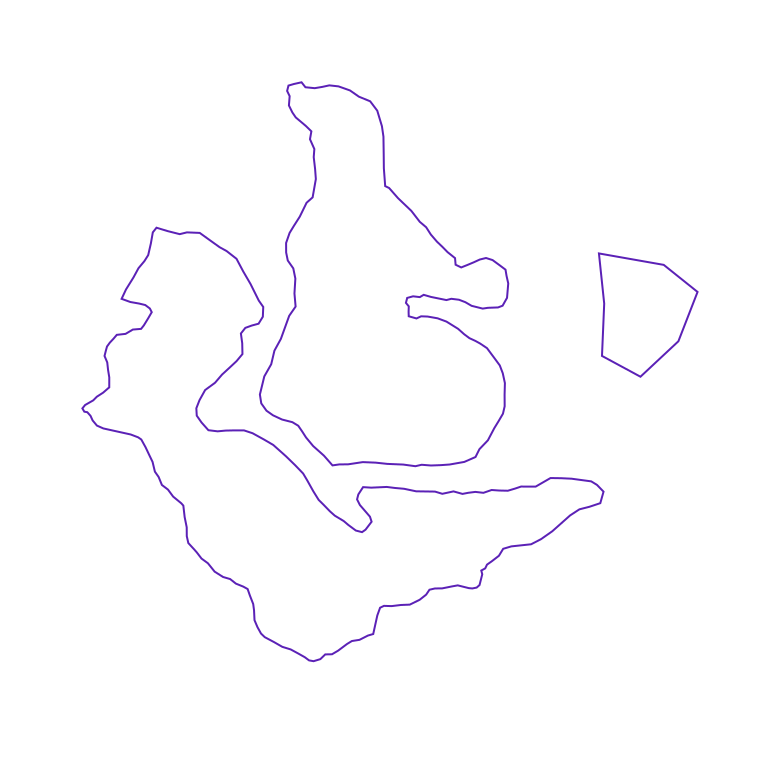 Värmdö, Stockholm, Sweden, rotated 10°
{"feature_id": "70781695B62142289931887", "entity_name": "Värmdö", "entity_type": "district", "adm_level": 2, "iso_a3": "SWE", "parent_name": "Sweden", "parent_adm1": "Stockholm", "projection": "mercator", "projection_center": [18.505, 59.313], "detail": "fine", "context": "isolated", "style": "outline", "palette": "violet", "viewbox_px": 768, "rotation_deg": 10, "n_neighbors": 0, "source": "geoboundaries", "source_scale": "gbopen_adm2", "svg_char_len": 4337}
<svg xmlns="http://www.w3.org/2000/svg" viewBox="0 0 768 768"><g transform="rotate(10 384 384)"><path d="M110.8,345.7L120.0,347.3L128.9,347.3L135.2,347.7L140.3,350.3L142.8,353.6L140.3,360.4L137.3,368.0L135.2,371.9L127.2,374.0L120.8,379.5L112.3,382.0L109.8,386.3L106.8,390.9L104.7,395.2L104.3,399.4L103.9,404.9L107.7,410.8L109.8,418.0L112.3,425.2L114.0,435.0L108.9,441.3L103.4,446.4L100.5,450.6L93.3,456.6L91.2,460.4L93.7,463.3L96.7,463.3L100.5,466.3L103.4,470.5L108.5,474.8L115.3,476.5L143.3,477.7L151.1,479.2L154.6,480.8L160.1,487.6L165.5,495.2L169.6,500.9L173.6,510.1L178.2,514.7L182.8,522.0L189.6,525.5L195.9,531.5L205.1,536.7L207.5,538.6L210.8,549.7L214.6,559.4L216.2,568.1L218.9,574.6L225.7,579.8L228.7,582.2L234.6,587.6L241.7,591.1L249.8,598.2L259.0,602.0L266.3,602.8L272.8,606.3L280.7,608.0L285.3,609.6L288.6,615.5L293.4,623.4L295.3,629.4L297.5,639.1L301.6,645.4L306.2,651.1L310.5,654.0L320.6,657.3L329.5,660.5L338.2,661.6L346.3,664.3L353.4,666.8L358.2,669.2L362.8,669.2L369.1,666.0L373.1,660.5L379.7,659.2L385.1,654.6L392.7,646.5L397.0,642.7L404.3,640.2L411.9,634.5L416.8,632.1L417.6,613.1L419.0,605.0L422.5,602.5L430.1,601.4L439.0,598.7L447.7,596.8L456.6,590.3L462.1,584.1L464.5,578.7L469.7,576.5L476.7,575.2L481.6,573.3L485.9,571.6L491.6,569.5L503.0,570.3L506.5,570.0L510.6,568.4L513.0,565.4L513.8,554.3L512.2,550.8L515.7,548.0L516.8,544.0L520.9,539.9L527.0,533.2L530.0,525.6L537.6,521.8L556.7,516.3L565.6,509.5L575.3,499.8L590.1,481.1L598.2,473.5L607.5,469.3L617.7,463.8L618.9,451.9L611.3,446.4L605.0,443.9L585.1,444.7L574.9,446.0L564.3,447.7L551.2,458.7L536.8,461.2L531.3,464.2L524.5,467.6L516.0,468.9L508.4,469.7L500.8,473.9L492.7,474.4L485.9,476.5L480.4,478.6L471.1,477.7L460.5,482.0L452.9,481.1L434.3,484.1L422.0,483.7L412.7,484.5L404.6,484.9L389.4,488.3L381.3,489.2L377.9,497.2L377.5,502.3L381.3,507.4L385.5,510.8L393.2,517.1L395.7,521.8L391.1,530.7L388.1,533.7L381.7,533.2L373.3,529.0L368.2,526.0L358.4,522.2L352.9,518.8L345.3,513.3L339.8,509.5L333.0,501.9L325.0,492.1L319.9,486.2L310.6,479.4L300.0,472.2L285.6,463.3L275.4,459.5L263.1,455.3L254.2,454.0L244.5,455.7L236.0,457.4L228.4,459.5L219.1,460.0L211.0,453.6L205.1,447.7L203.4,440.5L205.1,432.0L208.9,421.0L217.4,412.1L222.9,402.8L229.7,393.9L234.8,387.1L239.4,379.1L237.3,368.5L234.3,359.1L237.7,352.8L243.6,349.4L250.0,346.4L253.0,338.8L251.7,329.1L246.2,323.6L235.2,308.7L225.9,297.7L217.0,286.3L205.9,280.4L198.3,277.8L185.2,271.5L176.3,267.2L163.6,268.9L156.8,271.9L144.5,271.0L132.8,269.6L130.0,274.8L130.0,286.1L129.4,298.0L126.7,304.6L122.1,312.6L118.8,322.5L113.5,335.7L110.8,345.7ZM309.4,105.4L299.5,100.8L287.5,98.8L278.3,99.4L271.7,102.1L264.4,104.7L255.1,105.4L250.4,101.2L243.2,104.2L238.1,106.7L237.7,112.2L241.1,116.9L242.0,126.2L246.6,132.5L250.8,136.8L255.1,139.3L262.3,143.5L268.6,147.8L268.6,155.8L274.6,164.7L275.4,172.8L278.8,184.2L281.3,194.0L281.3,212.6L276.3,218.9L272.0,233.8L267.8,243.9L264.8,251.6L263.1,262.1L264.8,271.5L267.8,279.1L274.6,285.9L278.4,295.6L280.1,310.4L283.5,323.1L278.8,333.3L274.6,357.5L270.3,370.2L269.5,384.1L264.8,397.3L263.6,415.9L266.5,424.4L272.9,430.7L280.1,434.1L289.8,436.7L300.4,437.5L306.8,440.0L311.8,445.1L316.5,450.2L325.0,457.4L337.3,465.0L347.4,473.1L353.8,471.0L362.7,469.3L376.7,464.6L389.4,462.9L401.2,462.1L416.9,460.0L429.2,459.5L435.1,457.0L444.4,456.1L454.2,454.0L462.6,451.9L476.6,446.8L486.8,440.0L489.3,431.6L496.1,421.4L500.3,408.3L503.3,400.7L506.3,392.6L506.7,385.0L504.6,373.5L502.9,362.1L499.1,352.8L494.8,345.6L488.1,339.2L479.2,330.8L471.5,327.4L466.5,325.7L460.1,324.0L454.2,321.0L447.4,316.8L434.7,311.7L425.4,310.0L415.2,310.0L408.8,310.9L404.6,313.8L396.6,313.0L395.7,308.7L394.9,303.2L391.5,300.3L391.9,295.2L397.4,292.6L404.2,292.2L407.6,289.3L415.2,290.1L430.9,290.5L435.5,288.4L443.2,288.0L449.9,289.3L456.7,291.8L468.1,292.6L473.2,290.9L483.0,288.8L487.2,286.3L490.2,277.8L488.9,263.4L485.9,256.2L483.8,250.3L477.9,247.3L469.4,243.1L462.6,242.2L456.7,244.8L451.2,248.6L445.3,252.4L439.8,255.8L433.8,254.1L432.1,247.7L423.7,243.1L417.7,238.8L411.4,234.6L404.2,228.7L398.3,222.3L391.1,218.1L380.9,208.8L365.6,198.6L355.0,190.1L350.8,188.9L346.4,171.6L343.8,157.7L340.5,140.5L337.2,130.5L329.9,116.0L321.3,108.0L309.4,105.4ZM666.5,290.8L676.8,238.9L638.8,218.1L573.0,218.1L586.9,266.6L593.8,318.5L635.3,332.3L666.5,290.8Z" fill="none" stroke="#5b21b6" stroke-width="2"/></g></svg>